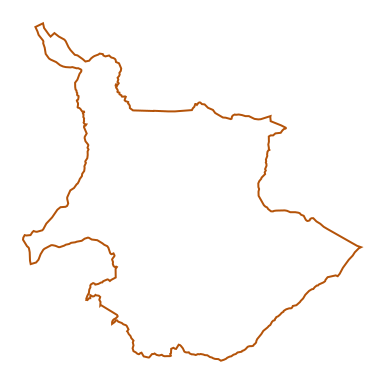 outline of San Pedro de Huaca, Carchi, Ecuador
{"feature_id": "8360857B26572966022177", "entity_name": "San Pedro de Huaca", "entity_type": "district", "adm_level": 2, "iso_a3": "ECU", "parent_name": "Ecuador", "parent_adm1": "Carchi", "projection": "albers", "projection_center": [-77.722, 0.622], "detail": "fine", "context": "isolated", "style": "outline", "palette": "amber", "viewbox_px": 384, "rotation_deg": 0, "n_neighbors": 0, "source": "geoboundaries", "source_scale": "gbopen_adm2", "svg_char_len": 5859}
<svg xmlns="http://www.w3.org/2000/svg" viewBox="0 0 384 384"><path d="M337.7,276.2L339.7,273.8L342.9,267.8L348.8,259.7L352.7,255.6L354.8,252.3L358.8,248.3L361.0,247.2L357.0,245.8L327.4,229.0L323.7,226.8L320.3,223.8L316.4,221.4L313.3,218.2L311.7,218.2L310.4,218.8L309.6,220.4L307.7,221.0L306.8,220.7L305.8,219.8L303.7,215.8L301.0,214.7L299.7,213.2L298.3,212.7L295.3,212.2L290.3,212.2L287.0,210.8L284.8,210.4L276.1,210.6L274.0,210.9L273.0,211.4L271.0,211.3L268.1,209.0L267.2,207.5L265.4,206.6L263.9,205.2L258.6,195.8L258.5,191.7L259.1,189.0L258.4,187.1L258.3,183.4L259.3,181.1L261.2,178.8L261.6,177.6L265.1,174.1L264.7,172.3L265.8,170.5L265.1,169.1L266.5,165.8L266.4,163.8L265.8,162.6L266.2,161.2L265.9,159.6L267.3,155.9L267.1,154.5L267.5,151.7L268.3,150.5L269.4,149.9L268.8,148.9L268.9,148.1L268.3,144.5L268.9,141.8L268.8,136.5L270.6,135.4L273.1,135.4L275.4,133.4L280.7,132.8L282.5,130.3L284.1,128.9L285.5,128.6L285.9,128.1L285.7,127.7L281.2,125.4L270.7,121.2L270.3,117.2L270.5,116.1L260.8,119.2L258.3,119.4L254.5,118.9L248.8,116.1L245.3,116.1L242.1,115.1L238.8,114.5L235.8,114.8L234.8,114.5L233.5,115.1L232.6,115.7L231.9,116.9L231.6,118.7L230.8,119.1L225.7,117.7L222.9,117.5L215.2,113.0L212.9,109.9L208.0,107.8L204.6,104.4L201.9,104.1L200.4,102.6L199.7,102.4L198.5,102.8L196.9,104.9L195.9,104.0L195.3,104.0L194.3,106.8L192.9,108.2L191.9,110.1L174.9,111.4L168.2,111.4L153.8,110.8L153.7,111.0L133.0,110.4L129.9,108.1L129.8,105.9L129.0,104.3L128.1,103.5L128.2,102.0L125.7,101.2L124.7,100.4L124.8,99.4L125.8,96.8L125.1,96.4L122.8,96.7L121.8,96.5L121.4,95.3L119.5,94.3L119.4,92.6L117.9,92.3L117.4,91.8L117.8,90.9L117.5,89.7L116.1,87.6L116.7,86.5L115.7,85.9L115.6,85.3L116.1,84.3L117.5,84.9L118.7,83.4L118.5,82.8L117.5,82.0L118.3,79.5L117.6,77.8L119.1,76.0L119.7,74.5L119.4,72.9L120.8,70.9L121.2,68.5L119.0,63.3L116.0,62.0L115.6,59.9L115.1,59.1L113.6,58.1L111.3,57.5L109.1,55.5L105.4,56.4L103.4,55.5L102.8,54.1L99.6,53.6L98.5,54.5L94.5,56.0L93.0,56.9L91.1,58.4L89.2,60.7L85.4,61.5L82.7,59.1L77.5,55.4L74.8,54.8L70.6,50.2L68.5,47.1L65.7,41.2L64.4,39.6L58.9,36.6L54.4,33.1L50.6,36.6L49.0,34.8L44.1,28.0L43.0,23.3L35.4,27.0L37.5,31.5L38.6,34.9L43.1,40.6L43.4,41.6L43.2,43.3L44.7,47.7L45.7,53.9L49.0,58.5L50.7,59.6L56.2,62.1L60.1,65.2L63.1,66.5L65.8,67.1L70.3,67.4L72.4,67.1L76.6,68.3L78.2,68.2L80.8,69.4L81.4,70.1L81.2,71.6L79.6,73.7L77.4,79.7L75.1,82.7L75.2,87.1L75.6,89.6L76.4,90.4L76.7,92.4L77.2,93.0L77.1,94.7L77.3,95.3L78.4,95.8L78.6,96.9L78.1,99.6L77.1,100.1L76.8,100.7L78.0,103.2L78.0,104.9L77.6,107.2L77.9,107.6L79.3,108.0L80.3,108.8L82.2,111.5L83.9,111.5L84.1,111.8L84.1,112.3L83.1,112.9L82.9,113.5L83.5,114.7L83.3,117.0L84.1,118.4L83.9,120.1L84.1,121.2L83.6,122.6L84.2,123.6L85.2,124.3L86.3,124.4L85.5,125.6L84.1,126.1L84.0,127.2L86.7,133.5L84.8,136.7L84.6,138.0L85.5,141.3L88.2,144.7L88.3,145.3L87.5,147.8L88.5,149.4L87.6,151.4L87.7,155.0L87.3,158.2L85.3,161.3L85.4,162.2L85.9,162.9L84.4,166.2L84.6,168.1L84.2,171.0L82.2,173.8L81.9,176.1L79.8,179.0L79.0,181.1L77.7,183.5L76.7,184.2L74.0,188.0L70.3,190.4L67.2,197.4L67.2,198.9L68.2,203.4L67.2,205.8L65.6,206.8L60.5,207.2L57.4,209.7L52.1,217.4L46.3,223.6L43.3,229.2L42.3,230.3L36.9,231.8L35.3,231.6L33.6,231.0L32.3,232.3L30.5,235.1L26.3,235.5L24.7,235.1L23.3,237.6L23.0,239.7L27.0,246.2L28.6,247.6L29.0,248.6L29.7,252.3L30.0,260.7L30.7,264.1L36.1,262.5L38.5,259.7L40.6,254.2L43.2,249.9L44.4,248.8L51.2,245.2L52.7,245.2L55.4,245.8L58.6,247.1L59.9,247.1L64.3,245.6L65.8,244.7L69.1,244.0L71.2,242.8L75.2,242.3L76.7,241.7L81.7,240.8L84.6,238.7L88.0,237.6L89.0,237.9L91.7,239.5L97.3,240.2L102.4,243.3L104.3,244.8L107.3,246.2L108.4,247.8L110.1,252.9L110.7,253.8L111.7,254.2L113.5,253.4L114.5,255.4L114.3,256.3L112.5,258.6L112.1,259.5L113.0,262.0L112.8,263.9L113.5,265.9L114.5,266.9L116.4,266.7L116.9,267.0L115.6,268.8L115.7,277.5L111.2,279.9L109.9,281.0L108.4,279.7L107.4,279.4L103.2,281.2L102.3,282.4L101.3,282.4L98.4,283.9L95.3,284.6L94.7,283.7L93.1,283.1L91.1,284.3L90.3,285.4L90.4,287.4L89.3,289.5L88.9,292.9L87.4,295.7L86.3,298.7L86.5,299.4L86.3,299.9L87.4,300.1L89.0,298.3L90.3,298.2L90.4,295.2L92.8,296.5L94.1,296.2L95.5,294.9L96.0,295.3L98.8,295.7L100.2,297.0L99.3,299.8L100.5,301.9L100.3,305.5L100.8,305.0L117.0,314.9L117.5,315.7L117.6,316.5L115.9,318.2L113.9,319.3L112.8,320.4L112.1,322.1L112.1,323.9L114.6,322.1L115.7,320.6L116.9,320.3L118.3,321.7L121.8,323.0L123.3,324.3L125.9,325.2L126.7,325.9L128.5,329.4L127.1,331.3L127.7,331.9L128.7,334.0L130.5,336.0L131.3,338.1L133.5,340.6L132.8,342.4L133.5,345.4L132.6,348.3L133.5,351.2L135.7,352.3L137.3,353.7L138.7,354.2L139.3,354.1L140.3,353.1L141.5,352.7L143.7,356.4L148.4,357.5L149.2,357.4L152.0,354.1L153.9,353.9L154.6,353.5L156.6,354.9L159.1,355.5L161.8,354.8L163.2,355.8L164.4,356.2L170.1,356.1L170.9,355.7L170.2,353.9L171.0,353.1L171.2,348.8L173.4,347.8L175.1,348.8L176.1,348.9L178.7,344.7L180.0,345.1L181.0,346.0L182.9,348.4L184.3,351.5L185.3,352.2L187.0,352.5L188.8,352.3L189.6,353.4L191.6,354.3L193.6,354.4L195.8,355.0L197.9,354.1L199.5,354.3L200.6,354.0L203.3,354.5L204.8,355.1L207.4,355.3L209.9,357.0L211.9,357.5L213.0,358.2L215.0,358.9L218.4,359.1L220.9,360.7L223.8,359.8L226.0,358.8L227.3,357.7L229.7,356.6L231.3,356.3L233.5,354.7L235.8,354.0L237.5,352.5L241.6,351.7L242.3,350.8L243.5,350.5L245.4,349.3L247.7,346.8L249.4,346.2L252.0,346.1L253.3,345.7L253.9,344.6L254.8,344.0L256.1,342.5L256.4,340.9L257.2,339.1L261.3,334.1L263.3,330.9L267.6,327.4L268.8,326.0L270.3,325.0L272.0,321.8L273.4,320.5L274.3,320.4L274.9,319.9L275.2,318.6L275.9,318.0L276.3,317.1L278.1,316.3L280.1,314.6L281.7,312.8L283.4,311.8L283.7,310.9L286.2,309.3L289.3,308.3L291.0,308.3L292.1,307.6L292.8,306.0L296.4,305.2L300.0,302.0L300.8,300.8L303.1,298.5L305.3,294.8L309.1,290.9L311.7,289.3L313.3,289.0L314.7,287.2L316.8,285.5L317.9,285.5L319.0,284.4L323.5,282.4L325.1,281.2L325.5,279.9L327.6,277.2L335.7,275.4L337.7,276.2Z" fill="none" stroke="#b45309" stroke-width="2"/></svg>